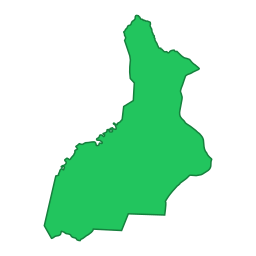 Nueva Arcadia, Copán, Honduras (Mercator projection)
{"feature_id": "27666195B2783617949739", "entity_name": "Nueva Arcadia", "entity_type": "district", "adm_level": 2, "iso_a3": "HND", "parent_name": "Honduras", "parent_adm1": "Copán", "projection": "mercator", "projection_center": [-88.713, 15.107], "detail": "fine", "context": "isolated", "style": "filled", "palette": "green", "viewbox_px": 256, "rotation_deg": 0, "n_neighbors": 0, "source": "geoboundaries", "source_scale": "gbopen_adm2", "svg_char_len": 5747}
<svg xmlns="http://www.w3.org/2000/svg" viewBox="0 0 256 256"><path d="M124.6,40.4L129.8,55.8L130.4,60.0L129.8,67.0L129.7,72.1L130.3,78.5L134.3,82.9L133.3,100.6L123.7,106.5L122.1,119.8L121.8,119.9L121.5,120.1L120.8,121.1L119.7,122.2L119.3,122.5L118.6,122.7L117.5,123.4L117.2,123.8L117.2,124.0L117.4,124.2L117.4,124.4L117.2,124.6L117.0,124.8L116.7,124.8L116.4,124.8L115.6,124.4L115.3,124.2L114.6,123.4L114.3,123.2L113.8,123.1L113.6,123.2L113.5,123.3L113.4,123.7L113.7,124.1L113.9,124.2L114.5,124.5L115.0,124.9L115.8,126.7L116.1,127.6L116.2,128.0L116.1,128.7L115.9,129.2L115.7,129.3L115.4,129.3L114.1,129.0L113.5,129.0L113.3,128.8L112.7,128.0L112.5,127.8L112.1,127.8L111.7,128.0L110.3,128.5L110.1,128.7L109.9,129.2L109.9,129.6L110.0,129.9L110.2,130.0L112.0,129.9L112.3,130.1L112.4,130.4L112.5,131.1L112.3,131.6L111.9,131.8L111.2,132.0L110.2,131.9L109.8,131.8L109.6,131.7L109.3,131.3L108.8,130.0L108.4,129.5L107.8,129.6L107.2,129.7L107.1,130.0L106.8,131.5L106.7,131.8L106.5,132.0L105.9,132.4L104.8,132.9L104.0,133.3L103.3,133.4L103.1,133.6L103.2,133.9L103.5,134.2L104.3,134.6L104.6,134.8L104.5,135.8L104.3,136.2L104.1,136.4L103.8,136.6L103.5,136.5L102.4,135.5L101.8,135.1L101.0,134.9L100.2,135.0L99.8,135.3L99.6,135.7L99.3,136.6L99.0,137.2L98.1,138.0L97.1,138.5L96.7,138.9L96.6,139.2L96.6,139.5L96.7,139.8L97.0,140.1L97.5,140.2L99.9,140.4L101.7,141.7L102.1,142.1L102.3,142.5L102.2,143.0L101.9,143.4L101.7,143.5L100.6,143.2L99.6,143.1L99.4,143.3L99.1,143.9L98.9,144.8L98.7,145.1L98.4,145.3L97.9,145.5L97.1,145.6L96.6,145.5L96.3,145.3L95.8,143.4L95.4,142.6L94.9,142.1L94.3,141.9L93.2,141.9L91.6,142.0L88.5,142.5L85.8,142.7L84.7,143.1L84.3,143.3L83.5,143.9L82.8,144.2L82.5,144.3L81.5,144.3L80.6,144.2L80.2,144.1L80.0,143.9L79.8,143.7L79.6,143.7L79.2,143.8L78.9,144.0L77.3,145.5L76.4,146.0L76.0,146.4L75.9,146.6L76.1,146.9L77.4,148.5L77.4,148.8L77.4,149.0L77.2,149.2L75.2,150.3L75.0,150.5L74.8,151.0L75.0,151.7L74.9,152.4L74.8,152.8L74.2,153.8L73.8,154.9L71.3,157.7L70.4,159.2L69.9,159.5L69.6,159.6L69.3,159.6L69.0,159.4L68.2,158.8L67.5,158.4L67.2,158.3L67.0,158.2L66.6,158.4L64.9,159.7L64.8,160.2L65.0,160.8L65.2,161.0L65.6,161.3L65.9,161.5L66.1,162.2L66.2,162.9L66.0,163.6L65.4,164.3L64.8,164.8L64.1,165.2L63.5,165.5L62.7,165.6L62.3,165.8L61.6,166.3L61.3,166.6L61.2,166.8L61.3,167.0L61.9,167.3L62.1,167.3L62.9,166.7L63.2,166.6L63.8,166.6L64.2,166.8L64.4,167.1L64.4,167.7L64.2,168.2L63.8,169.0L63.7,169.7L63.5,169.8L63.1,169.8L62.9,169.6L62.5,169.1L61.8,168.8L61.4,168.8L61.0,169.1L60.5,169.6L60.0,170.3L59.5,171.9L58.6,173.9L58.5,175.2L55.8,176.0L44.3,225.7L51.5,238.3L52.4,238.1L52.9,237.8L53.7,237.4L54.5,236.7L55.3,236.3L56.7,235.9L58.0,235.7L58.8,235.5L60.2,234.7L60.4,234.5L60.6,234.1L61.2,231.9L61.3,231.4L61.5,231.3L63.5,231.9L64.4,232.4L65.4,233.2L66.2,233.6L68.6,234.0L69.9,234.5L70.3,234.7L70.6,235.0L71.5,236.5L72.2,237.0L73.0,237.4L75.6,238.1L76.0,238.4L77.0,239.8L77.4,240.0L78.9,240.5L80.1,240.6L80.6,239.8L80.8,239.5L81.1,239.2L81.6,238.9L82.5,238.6L83.5,237.9L86.7,235.5L87.9,234.9L88.9,234.2L91.3,232.3L92.2,231.3L92.7,230.7L93.1,229.9L93.3,229.1L121.6,230.5L128.3,213.8L164.7,215.0L165.4,209.3L165.8,204.9L165.8,203.5L165.8,202.5L165.7,202.2L165.4,201.8L165.4,201.6L165.5,201.1L166.2,199.9L167.4,198.0L169.0,195.6L170.0,194.3L172.5,191.2L177.0,186.2L177.5,185.7L178.4,185.1L179.1,184.4L179.7,183.9L180.1,183.2L180.4,182.9L185.7,179.0L186.9,178.0L189.2,175.7L189.6,175.4L190.1,175.2L190.9,175.2L196.2,175.6L201.1,174.7L202.6,174.0L205.9,171.9L208.2,170.4L208.9,169.7L209.5,169.1L210.0,168.3L210.4,167.5L210.7,166.5L210.8,165.8L211.0,161.6L211.6,159.6L211.7,159.2L211.0,158.4L209.4,157.0L207.9,155.3L207.3,154.3L206.6,152.8L205.5,151.4L205.0,150.4L204.4,148.6L204.0,146.6L203.4,140.0L203.0,138.7L202.4,137.3L201.4,135.9L199.8,134.0L199.3,133.5L197.8,132.4L196.7,131.4L195.7,130.4L190.5,126.4L187.1,124.2L185.5,123.0L185.2,122.7L184.6,121.6L183.7,120.5L181.8,118.7L180.8,117.4L180.4,116.7L180.1,116.1L179.9,115.4L179.7,114.5L179.6,112.5L179.8,110.9L181.5,101.8L182.0,99.1L182.1,97.8L182.1,96.9L181.8,95.9L181.3,94.0L180.6,92.1L180.5,91.5L180.5,90.8L180.8,89.7L181.2,88.2L182.5,84.9L184.2,79.8L185.4,76.4L185.7,75.9L186.0,75.5L186.6,75.1L187.3,74.7L188.1,74.3L189.9,73.7L191.0,73.2L191.8,72.8L192.7,72.2L194.1,71.5L198.6,69.4L198.9,69.1L199.1,68.9L199.2,68.6L199.1,68.4L198.6,67.9L195.0,64.8L193.9,64.1L192.8,63.2L191.8,62.2L189.6,59.5L187.0,58.5L185.3,58.1L184.0,57.7L181.5,55.9L176.9,51.4L176.1,51.5L175.1,51.4L174.8,51.1L174.1,50.1L172.5,50.3L171.3,50.6L170.5,51.0L169.8,51.5L169.4,52.2L169.0,52.5L168.6,52.8L168.1,52.8L167.6,52.6L167.1,52.0L166.6,51.7L166.3,51.7L165.7,51.8L164.9,51.8L164.1,51.6L163.6,51.1L163.0,50.5L162.3,49.8L161.9,49.3L161.0,49.0L160.7,48.2L160.1,48.3L159.3,48.1L159.0,48.0L158.7,47.7L158.2,46.6L157.4,44.9L157.0,43.6L155.1,40.5L155.0,39.9L154.8,39.1L154.9,38.4L154.1,37.5L154.3,36.4L154.3,36.0L153.8,35.3L153.3,35.0L153.2,34.8L153.1,34.6L153.1,34.2L152.9,33.5L152.6,32.9L152.1,32.1L151.7,29.1L151.2,28.3L150.7,27.3L150.3,26.4L150.1,25.7L150.1,25.0L150.3,24.5L150.5,24.1L150.5,23.9L150.3,23.4L150.3,22.7L150.2,22.3L150.0,22.2L147.5,21.1L146.5,21.1L145.8,21.1L144.6,20.3L144.0,20.4L143.4,20.4L143.2,20.3L143.2,20.0L143.1,19.8L142.5,19.4L141.8,19.2L141.1,19.2L140.9,19.2L140.7,19.0L139.7,17.1L139.5,16.9L139.1,16.8L138.9,16.6L138.6,16.2L138.5,15.8L136.8,15.4L136.5,15.4L136.2,15.5L135.8,15.7L135.6,16.0L135.4,16.4L135.2,16.9L135.2,18.2L135.1,18.8L134.2,20.0L132.3,21.4L132.1,21.6L131.5,22.7L130.8,24.6L130.4,24.9L129.9,25.2L129.5,25.3L128.7,25.5L128.3,25.7L128.0,25.9L127.7,26.4L126.8,28.3L125.6,29.3L125.0,30.7L124.4,31.4L123.9,31.7L123.8,32.0L123.9,32.6L124.5,33.7L124.5,34.9L124.5,35.1L124.7,35.6L125.4,36.8L125.6,37.5L125.6,38.2L125.1,39.5L124.6,40.4Z" fill="#22c55e" stroke="#15803d" stroke-width="1.5"/></svg>